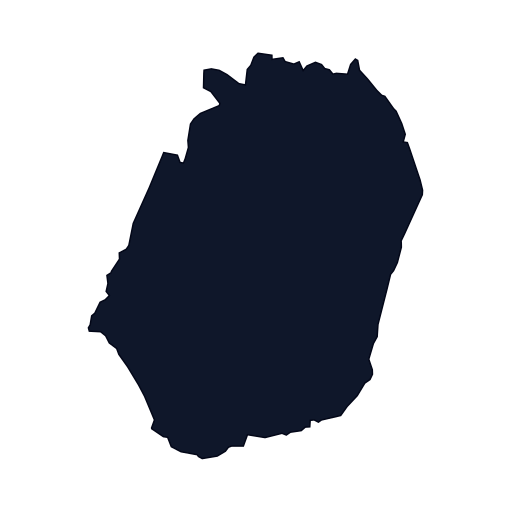 Corozal, Puerto Rico (orthographic projection), rotated 7°
{"feature_id": "32010507B24763897648420", "entity_name": "Corozal", "entity_type": "district", "adm_level": 2, "iso_a3": "PRI", "parent_name": "Puerto Rico", "parent_adm1": "", "projection": "orthographic", "projection_center": [-66.332, 18.304], "detail": "fine", "context": "isolated", "style": "filled", "palette": "ink", "viewbox_px": 512, "rotation_deg": 7, "n_neighbors": 0, "source": "geoboundaries", "source_scale": "gbopen_adm2", "svg_char_len": 1758}
<svg xmlns="http://www.w3.org/2000/svg" viewBox="0 0 512 512"><g transform="rotate(7 256 256)"><path d="M291.4,56.5L283.4,61.2L280.2,66.2L275.2,58.0L270.2,60.9L261.2,59.5L258.6,56.0L247.9,58.9L247.3,54.8L233.3,54.5L232.3,55.7L229.7,58.9L227.6,67.4L224.6,71.9L224.7,87.5L218.0,87.0L205.1,79.5L196.8,76.2L188.9,75.7L181.8,77.9L182.0,81.2L183.4,95.4L191.2,98.3L201.6,108.9L201.2,111.2L183.4,121.3L177.8,127.4L174.9,133.0L174.3,149.6L175.7,156.5L173.9,168.0L172.7,172.6L169.2,172.4L165.7,165.5L151.8,164.6L150.8,168.4L146.9,182.5L141.8,201.0L130.2,238.6L128.5,261.0L126.4,265.1L119.9,269.6L120.9,275.7L114.4,288.8L114.2,290.3L110.4,293.4L112.4,301.3L111.6,309.4L115.3,313.1L111.6,317.9L106.9,320.9L103.0,332.4L100.2,335.4L99.8,344.5L98.4,347.7L99.7,350.9L111.0,350.1L116.5,353.5L121.0,360.2L129.0,364.8L131.9,370.4L142.1,381.6L155.2,398.3L162.5,408.8L175.2,431.1L173.3,439.4L173.6,440.2L176.2,441.5L186.1,446.6L190.4,446.7L195.2,455.6L205.4,459.4L221.9,460.4L223.3,462.0L227.3,463.6L241.9,459.3L249.4,453.5L251.9,449.2L254.9,447.6L266.6,446.2L269.3,434.4L287.1,435.1L303.4,428.8L307.9,430.0L311.6,426.7L322.2,423.8L325.8,419.8L330.2,419.0L329.8,412.5L333.7,411.6L338.2,413.3L340.9,410.8L359.5,404.0L364.8,394.2L373.5,382.3L379.5,368.9L384.2,364.7L386.0,359.2L385.3,354.7L380.5,344.7L383.2,328.5L386.1,321.3L385.4,309.1L390.0,273.2L391.8,257.8L394.3,253.8L397.1,245.3L399.2,229.6L398.6,225.3L398.2,223.3L400.7,215.9L413.6,174.9L413.3,170.4L409.6,160.6L395.5,131.1L392.4,125.0L388.2,124.9L389.3,117.0L384.5,106.8L377.4,95.2L374.5,92.9L364.4,81.8L361.2,81.2L355.7,76.9L345.3,66.9L336.1,59.0L333.1,49.5L330.6,48.4L326.6,54.3L324.7,64.4L313.5,64.9L310.2,66.1L306.1,62.2L301.4,61.6L297.7,58.0L291.4,56.5Z" fill="#0f172a" stroke="#020617" stroke-width="1.5"/></g></svg>